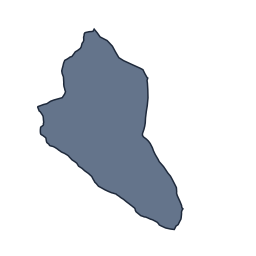 outline of Bartsham, Tashigang, Bhutan, rotated 118°
{"feature_id": "84629894B93354039766562", "entity_name": "Bartsham", "entity_type": "district", "adm_level": 2, "iso_a3": "BTN", "parent_name": "Bhutan", "parent_adm1": "Tashigang", "projection": "equal_earth", "projection_center": [91.601, 27.382], "detail": "fine", "context": "isolated", "style": "filled", "palette": "slate", "viewbox_px": 256, "rotation_deg": 118, "n_neighbors": 0, "source": "geoboundaries", "source_scale": "gbopen_adm2", "svg_char_len": 2596}
<svg xmlns="http://www.w3.org/2000/svg" viewBox="0 0 256 256"><g transform="rotate(118 128 128)"><path d="M195.9,39.5L193.5,39.5L192.1,39.6L189.8,38.4L186.3,38.5L183.6,38.5L182.1,39.0L178.7,40.4L177.1,41.3L175.4,41.7L173.6,41.5L173.0,43.1L171.2,44.4L168.6,47.5L164.6,52.7L162.8,54.5L161.4,55.1L157.9,57.3L155.7,60.4L152.5,65.0L150.6,67.9L149.0,71.8L147.2,75.1L145.4,78.5L144.1,81.9L143.1,84.6L141.6,86.7L138.6,91.6L136.3,94.7L134.0,97.2L131.3,101.1L130.0,103.8L129.2,106.5L128.6,110.2L128.1,111.0L127.7,111.8L126.1,112.6L121.7,113.3L118.5,114.1L115.3,115.2L110.8,117.3L104.8,119.6L99.2,121.5L92.0,124.5L84.7,128.6L79.3,131.9L77.1,133.5L74.6,134.0L74.5,134.9L72.0,138.8L69.5,142.2L69.5,145.1L70.0,152.9L70.3,158.3L70.6,163.6L70.2,169.1L66.7,174.8L63.1,180.2L61.3,185.4L60.6,187.5L60.7,195.3L60.3,196.2L58.5,199.7L56.6,204.3L59.1,204.3L60.1,205.7L61.2,207.5L63.6,210.3L64.3,210.8L65.7,210.8L66.3,210.4L67.4,210.1L68.7,209.8L69.7,209.2L71.4,208.2L73.0,208.0L74.8,208.3L77.2,207.7L78.3,207.4L80.2,207.5L83.4,209.0L85.5,210.3L88.0,210.6L89.2,210.8L91.2,211.1L92.6,212.5L94.1,213.2L95.7,214.1L98.0,215.6L98.9,215.5L100.9,215.3L104.3,214.4L106.6,213.9L108.7,213.3L110.8,211.7L113.2,209.0L118.1,206.0L119.4,205.4L121.4,204.0L122.6,202.8L124.1,201.5L125.3,200.2L127.7,199.9L132.1,200.3L138.1,206.6L140.7,208.9L144.7,211.1L147.0,213.7L147.6,214.2L151.4,217.6L152.0,217.5L154.7,214.4L154.8,213.2L155.9,211.1L156.5,210.0L157.5,208.5L158.9,207.5L160.5,206.5L162.5,205.1L163.9,204.8L164.5,204.3L165.5,204.2L166.2,204.5L167.4,205.1L168.3,205.5L170.4,204.7L172.0,203.9L173.6,202.9L174.4,202.1L174.6,200.9L174.6,199.6L174.8,198.6L175.0,197.3L175.2,196.2L175.6,195.6L177.8,194.0L178.8,193.0L179.1,192.2L179.4,190.4L180.2,189.1L180.2,188.3L179.5,185.5L179.4,183.7L179.6,181.2L179.7,180.2L180.0,179.0L180.1,177.7L180.4,175.9L180.4,174.7L180.3,173.4L180.2,172.3L180.3,170.1L180.4,168.5L180.6,167.4L181.2,166.0L182.4,162.5L182.7,159.3L183.1,156.7L184.9,153.7L185.2,149.7L186.1,146.3L186.7,141.6L187.6,138.1L187.8,137.3L189.8,134.4L190.4,133.3L191.4,131.9L192.0,129.8L193.3,126.7L193.3,122.9L193.4,119.5L193.2,115.5L193.0,113.4L192.9,112.2L192.7,111.5L192.2,109.0L191.9,107.6L192.2,106.4L192.3,105.1L192.4,104.1L192.5,103.3L192.8,102.1L193.1,98.4L193.3,97.4L193.9,94.6L194.1,93.2L195.6,84.6L196.2,83.7L197.3,82.8L198.2,81.5L199.4,75.6L199.2,74.4L199.0,73.3L198.9,72.0L198.3,70.5L198.1,68.4L198.0,66.5L197.9,65.1L197.6,63.9L197.5,62.6L197.5,61.6L197.5,59.5L197.5,58.5L197.6,57.6L197.9,56.9L198.2,56.1L198.9,54.9L198.9,53.2L198.6,47.9L197.3,43.2L195.9,39.5Z" fill="#64748b" stroke="#1e293b" stroke-width="1.5"/></g></svg>